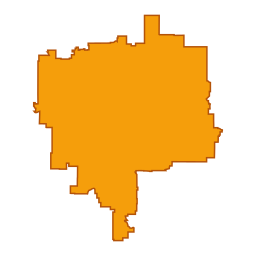 outline of Donnybrook-Balingup, Western Australia, Australia
{"feature_id": "25037944B94844051789605", "entity_name": "Donnybrook-Balingup", "entity_type": "district", "adm_level": 2, "iso_a3": "AUS", "parent_name": "Australia", "parent_adm1": "Western Australia", "projection": "robinson", "projection_center": [115.939, -33.702], "detail": "fine", "context": "isolated", "style": "filled", "palette": "amber", "viewbox_px": 256, "rotation_deg": 0, "n_neighbors": 0, "source": "geoboundaries", "source_scale": "gbopen_adm2", "svg_char_len": 4872}
<svg xmlns="http://www.w3.org/2000/svg" viewBox="0 0 256 256"><path d="M206.9,46.8L183.9,46.8L183.9,40.6L183.9,35.3L175.0,35.4L174.1,35.4L174.1,34.7L171.9,34.7L159.5,34.7L159.1,34.5L159.2,15.4L144.5,15.4L144.5,36.9L144.5,40.5L144.5,43.3L136.6,43.3L135.6,43.3L135.6,45.5L135.5,45.8L131.2,45.8L131.2,44.0L126.5,44.0L126.5,36.1L117.9,36.1L117.9,38.0L117.2,38.0L117.2,41.2L117.2,41.3L117.1,41.2L116.8,41.0L116.7,41.0L116.3,41.0L116.2,41.0L115.9,41.0L115.7,41.1L115.3,41.1L115.2,41.2L113.7,42.4L111.9,42.5L110.4,42.5L110.4,43.1L91.3,43.2L88.2,43.2L88.2,45.5L88.9,45.5L88.9,47.5L88.9,49.8L87.3,49.8L87.3,50.1L84.8,50.1L84.8,48.9L83.6,48.9L83.6,49.4L79.8,49.4L79.8,50.2L78.3,50.2L78.2,47.2L76.2,47.2L76.2,48.4L75.3,48.4L75.5,48.8L75.0,50.0L74.8,50.2L72.2,50.2L72.2,51.8L74.3,51.8L74.3,54.7L71.5,54.7L71.5,58.2L69.4,58.2L69.4,59.0L69.2,59.0L67.7,59.1L66.1,59.1L61.0,59.1L61.0,58.4L60.4,58.4L59.9,58.4L57.9,58.4L55.8,58.4L55.8,57.1L55.8,52.3L55.8,50.2L50.1,50.2L47.7,50.2L47.7,50.3L47.8,50.3L47.9,50.5L48.0,50.5L48.1,51.0L48.1,51.3L48.1,51.7L48.1,52.1L47.4,52.1L47.5,52.2L47.6,52.3L47.8,52.5L47.9,52.8L48.0,53.0L49.2,55.4L48.9,55.4L45.9,55.3L38.9,55.3L38.9,61.1L38.0,61.1L37.9,94.3L38.0,103.8L36.5,103.8L36.5,104.0L35.1,104.0L35.1,102.7L33.7,102.7L33.7,106.1L34.2,106.1L34.5,107.1L34.5,107.7L34.9,108.0L35.7,108.3L35.8,108.3L35.8,108.5L35.7,109.4L35.6,110.9L35.6,111.3L34.2,111.3L34.3,111.4L34.3,111.6L34.4,111.8L34.6,112.0L34.8,112.3L35.2,112.5L35.3,112.5L35.5,112.6L36.0,112.5L36.3,112.5L36.6,112.5L36.8,112.5L36.9,112.4L37.0,112.4L37.4,112.2L37.6,112.1L37.8,112.0L38.1,111.8L38.3,111.7L38.5,111.7L38.8,111.6L39.1,111.5L39.4,111.4L39.7,111.3L39.7,114.4L39.4,123.7L46.1,123.8L46.1,127.4L46.5,127.5L52.1,127.5L52.1,148.1L52.1,153.0L50.8,153.0L50.8,168.8L59.4,168.8L59.4,169.1L66.5,169.1L66.5,163.2L68.8,163.2L68.8,163.3L68.8,166.3L70.9,166.3L71.9,166.3L77.6,166.3L77.5,177.8L77.4,177.9L77.3,186.0L70.4,186.0L70.4,193.3L71.5,193.4L74.7,193.4L74.7,193.7L74.7,193.8L77.5,193.8L79.8,193.8L86.8,193.8L87.5,193.9L87.6,193.6L87.5,193.4L87.5,193.2L87.8,192.8L87.8,192.7L87.9,192.2L88.0,192.0L88.1,191.7L88.4,191.3L88.6,190.9L88.7,190.7L88.8,190.5L88.9,190.4L89.1,190.3L89.4,190.2L89.9,190.1L90.3,189.9L90.5,189.8L91.0,189.6L91.2,189.3L91.6,189.1L91.9,188.9L92.6,188.7L92.9,188.6L93.0,188.5L93.5,188.4L93.8,188.4L94.0,188.4L94.2,188.5L94.4,188.6L94.6,188.8L94.7,189.0L94.8,189.3L94.9,189.5L95.0,193.5L96.9,193.5L96.9,198.0L98.9,198.0L98.9,201.7L98.9,202.6L100.8,202.6L100.8,206.1L100.7,206.1L100.7,206.8L110.4,206.8L110.4,209.5L114.6,209.5L114.6,212.1L112.9,212.1L112.9,217.5L112.9,239.4L113.8,239.4L113.8,240.6L119.4,240.6L122.8,240.6L122.8,237.9L128.0,237.9L128.0,232.0L133.9,232.0L133.9,228.5L134.0,228.1L133.9,227.8L133.7,227.7L133.4,227.5L133.2,227.5L132.9,227.5L132.6,227.7L132.5,227.8L132.3,227.9L132.0,228.0L131.9,228.1L131.7,228.1L131.4,228.2L131.1,228.2L130.9,228.2L130.5,228.1L130.1,228.0L129.9,227.9L129.7,227.8L129.7,227.7L129.6,227.3L129.5,227.2L129.2,226.9L128.8,226.7L128.5,226.5L128.3,226.4L128.1,226.3L128.0,226.1L127.8,225.8L127.8,225.7L127.9,225.4L127.9,225.2L127.8,224.9L127.6,224.5L127.5,224.1L127.4,223.6L127.2,223.1L127.1,222.9L126.9,222.7L126.7,222.5L126.4,222.2L126.0,221.9L125.9,221.7L125.7,221.6L125.4,221.6L125.2,221.6L125.0,221.4L125.0,221.2L124.9,221.2L124.7,220.9L124.4,220.5L124.2,220.3L124.5,220.4L127.4,220.4L127.1,220.0L126.0,218.8L125.7,217.4L125.4,216.6L125.3,216.1L127.8,216.0L127.8,214.3L135.4,214.3L135.4,211.0L136.7,211.0L136.7,203.7L137.1,203.7L137.1,198.7L136.7,198.7L136.7,190.0L137.8,190.0L137.8,187.3L136.9,187.3L136.9,185.3L136.9,184.2L136.8,174.5L136.8,174.4L136.5,174.1L136.4,173.9L136.3,173.7L136.1,173.5L135.9,173.4L135.7,173.2L135.2,172.2L136.0,172.2L136.0,170.7L139.8,170.6L143.7,170.7L143.7,170.9L145.7,170.9L149.9,171.2L149.9,171.4L151.9,171.4L151.9,170.6L153.5,170.6L156.6,170.6L160.4,170.6L165.8,170.6L165.2,169.6L169.3,168.6L169.3,168.2L169.3,167.9L169.3,167.7L169.4,167.4L169.4,167.2L169.5,166.9L169.6,166.7L169.8,166.3L169.8,166.1L169.8,165.9L171.6,165.9L172.0,165.9L172.1,161.7L200.4,161.8L206.6,161.8L206.6,157.7L214.4,157.7L214.6,148.1L214.6,142.2L218.1,142.1L218.2,139.4L218.2,136.2L219.3,136.2L219.3,135.0L220.1,135.0L220.1,131.9L222.1,131.9L222.1,130.3L222.3,130.3L222.3,129.9L220.7,129.5L220.2,128.9L219.9,128.8L219.0,128.4L217.8,128.4L217.8,127.7L213.7,127.7L213.7,124.6L213.6,120.5L213.6,118.3L213.6,114.1L208.4,114.1L208.4,112.6L208.4,111.5L208.4,110.0L208.4,109.4L208.4,108.9L208.8,108.9L209.7,108.9L209.9,108.9L209.9,108.4L210.0,108.4L209.9,106.7L209.9,105.2L210.0,105.1L210.2,104.0L209.6,104.0L209.5,103.9L208.7,103.9L208.7,103.3L209.0,103.1L208.4,102.2L208.4,100.7L207.4,100.7L207.0,100.2L206.9,100.0L206.6,99.4L206.3,99.0L209.4,96.0L209.4,91.5L210.4,91.6L210.4,84.7L210.4,82.5L209.2,82.2L208.2,81.2L207.6,80.9L207.0,80.9L206.9,80.8L206.9,72.4L206.9,46.8Z" fill="#f59e0b" stroke="#b45309" stroke-width="1.5"/></svg>